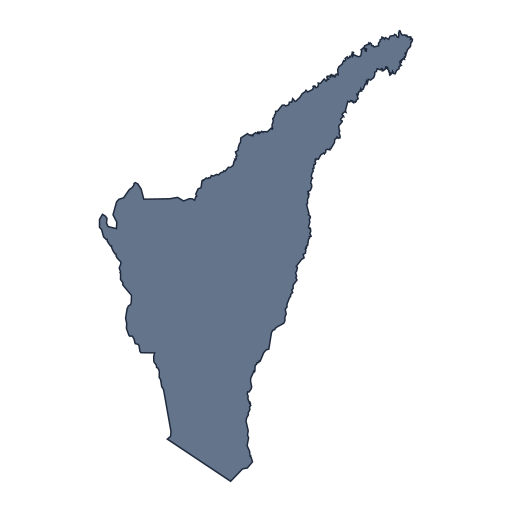 the district of Nova Ubiratã, Mato Grosso, Brazil
{"feature_id": "56859067B8352278132319", "entity_name": "Nova Ubiratã", "entity_type": "district", "adm_level": 2, "iso_a3": "BRA", "parent_name": "Brazil", "parent_adm1": "Mato Grosso", "projection": "equal_earth", "projection_center": [-54.56, -12.966], "detail": "fine", "context": "isolated", "style": "filled", "palette": "slate", "viewbox_px": 512, "rotation_deg": 0, "n_neighbors": 0, "source": "geoboundaries", "source_scale": "gbopen_adm2", "svg_char_len": 5957}
<svg xmlns="http://www.w3.org/2000/svg" viewBox="0 0 512 512"><path d="M364.2,48.2L363.4,47.8L361.0,49.8L361.7,50.4L360.9,55.4L360.2,56.3L358.3,56.7L353.7,54.7L352.7,56.2L352.5,54.4L353.6,52.6L352.9,52.1L352.2,52.2L352.1,53.9L350.6,56.9L349.6,56.4L349.3,57.6L347.9,58.5L347.2,56.8L345.1,58.5L345.7,60.0L344.4,61.2L343.6,60.7L342.1,64.2L338.8,66.8L337.7,69.7L338.1,74.8L336.2,74.1L335.0,77.0L334.3,77.0L333.9,75.3L332.5,76.3L331.8,74.5L330.5,75.0L330.7,76.7L330.2,77.2L329.9,76.1L327.2,76.2L326.7,77.1L328.4,79.3L327.0,79.4L326.6,80.9L326.0,81.1L324.4,79.0L323.9,79.2L321.0,82.8L320.0,83.5L318.2,83.0L318.4,85.0L317.6,87.0L315.8,87.7L315.0,86.1L313.4,86.0L313.0,86.6L313.6,87.3L312.5,89.5L307.7,92.0L306.0,90.2L305.3,91.6L302.1,93.8L300.2,97.0L296.1,101.0L295.2,101.5L292.7,98.6L291.7,102.2L289.4,102.1L288.7,104.9L285.6,105.9L284.2,105.0L282.2,105.2L277.5,111.1L275.6,111.3L275.6,113.6L274.4,115.3L274.2,117.1L272.7,118.6L273.3,121.3L272.1,124.6L272.1,127.6L272.7,128.3L272.2,129.2L271.0,128.3L267.4,131.8L263.8,131.6L263.0,132.4L261.8,131.3L260.4,132.5L259.2,132.0L259.4,133.5L258.8,133.7L257.6,132.4L257.3,133.4L255.5,132.7L253.4,134.3L252.9,135.7L252.4,134.9L251.2,135.7L250.8,134.9L249.3,135.1L247.5,133.6L240.8,138.0L240.5,142.5L239.4,143.8L238.2,147.8L238.2,149.9L235.7,152.0L235.2,151.3L236.9,155.8L235.9,156.5L236.3,158.9L234.7,159.1L235.3,160.4L234.0,161.2L233.2,165.2L230.6,167.4L228.3,167.3L225.1,171.3L223.8,170.8L223.5,171.7L220.7,172.8L218.5,174.9L216.6,174.4L213.5,176.0L211.3,175.5L210.3,177.8L209.1,177.6L207.9,178.6L206.2,177.9L203.6,180.4L203.1,179.9L202.0,180.8L201.0,187.7L198.1,188.8L195.8,194.0L196.7,196.3L195.8,196.7L194.6,200.2L192.2,198.8L189.3,198.7L183.6,201.0L177.6,197.4L169.4,198.8L143.8,199.2L141.2,189.2L137.8,183.9L135.2,182.6L134.0,183.6L133.9,185.2L132.1,187.6L129.2,189.7L123.6,197.8L119.0,199.2L116.6,201.8L113.0,214.8L116.8,222.1L116.4,228.6L108.1,226.6L106.5,223.1L107.0,218.3L105.2,216.0L102.5,214.3L99.5,219.4L99.5,227.4L101.5,229.4L103.6,236.9L106.1,239.4L107.2,239.4L107.2,241.0L109.4,244.5L110.8,246.1L111.5,245.9L111.6,247.5L113.4,251.5L115.1,253.9L116.1,254.2L116.2,256.3L117.2,258.1L120.8,261.9L120.9,263.7L119.2,268.1L120.6,271.8L120.0,272.6L120.6,273.7L120.5,279.5L123.0,282.9L122.7,284.8L131.5,295.4L131.2,302.8L130.6,304.5L128.4,306.0L127.1,308.7L125.6,318.2L126.7,323.7L126.4,328.2L128.9,335.3L129.6,336.1L132.2,336.1L133.9,338.6L135.2,343.6L138.3,344.4L139.0,345.6L139.9,351.3L140.9,352.7L154.6,352.9L153.7,356.4L153.8,360.9L154.3,362.6L156.2,364.8L156.6,367.4L158.0,368.2L159.3,371.0L159.2,377.5L160.6,379.6L161.7,386.7L163.4,389.2L163.9,391.5L171.0,431.6L170.6,436.3L167.3,439.1L230.6,481.3L242.5,468.9L247.3,468.0L252.5,461.8L251.2,457.6L250.2,456.4L250.7,456.0L250.0,455.7L249.6,451.3L247.1,445.6L248.6,437.7L247.5,435.2L248.2,430.7L246.0,421.1L246.6,418.0L248.4,414.8L248.1,413.0L249.9,409.6L249.5,407.1L250.8,405.4L250.1,404.4L250.5,403.7L249.9,402.2L249.4,402.8L247.8,398.4L248.2,396.5L247.2,393.7L247.7,391.8L249.0,392.0L251.1,389.0L251.7,386.8L250.6,381.5L250.7,378.4L253.8,371.3L254.2,372.0L254.9,371.1L255.1,365.7L256.9,363.8L256.9,362.7L258.8,362.5L259.2,360.8L260.2,361.1L263.8,352.6L266.3,349.8L268.8,349.2L271.5,332.6L272.8,330.2L274.7,329.7L275.2,328.4L277.4,326.7L283.7,323.3L284.9,320.8L284.9,317.1L286.2,313.9L285.2,309.2L287.0,307.1L287.0,304.1L289.5,297.7L290.5,296.7L290.7,294.5L292.7,292.4L291.7,289.9L293.1,288.7L293.1,285.1L297.0,280.0L295.9,277.6L296.6,276.3L295.6,272.7L296.7,270.9L297.4,267.4L296.2,266.4L301.6,259.4L304.1,257.9L303.2,254.4L305.4,253.2L305.8,250.3L305.3,249.1L305.9,247.4L306.4,247.9L306.9,245.5L307.7,245.2L308.4,239.6L309.7,237.7L309.3,236.6L311.1,236.3L309.8,233.2L310.7,231.6L310.5,228.7L310.0,228.0L309.4,228.5L308.5,226.9L309.8,222.2L309.3,219.1L310.3,218.0L310.3,216.3L308.3,214.7L309.0,213.9L306.5,204.4L307.5,203.7L307.5,199.2L308.9,196.2L308.1,194.4L309.1,194.0L308.0,193.1L308.5,192.2L307.9,191.5L310.3,190.4L311.8,186.8L311.5,184.1L310.6,183.1L311.8,178.5L312.5,178.2L311.2,176.3L312.2,172.6L313.2,171.3L312.9,168.5L314.0,168.1L313.7,164.7L315.1,164.4L315.7,162.8L314.8,161.6L315.6,160.5L315.3,159.7L316.0,159.6L316.0,158.7L318.4,159.3L320.8,154.8L323.8,153.0L324.4,153.9L325.7,152.2L325.8,150.0L327.2,149.3L329.9,149.9L330.0,148.6L330.8,148.8L334.4,142.7L334.8,139.2L336.7,138.0L337.0,137.0L338.2,138.3L340.0,137.8L340.1,136.0L339.0,133.1L339.8,130.8L339.2,130.1L338.7,125.9L342.2,121.7L342.3,121.0L340.6,120.0L340.6,119.1L343.1,116.4L343.7,116.7L343.5,115.8L342.1,114.9L342.4,113.8L344.7,111.7L346.0,112.3L345.4,110.7L347.8,101.3L349.4,102.0L350.6,101.3L350.7,100.5L352.0,100.7L352.2,101.8L353.7,102.8L353.9,101.6L355.4,102.2L356.1,101.5L356.0,100.4L358.1,98.8L356.8,94.2L358.2,94.7L358.6,92.1L360.0,91.4L360.6,89.2L361.1,91.0L361.7,91.1L361.9,89.5L363.2,89.2L365.1,84.1L365.9,84.5L366.5,81.1L367.4,83.2L368.3,79.3L370.6,80.1L373.8,77.5L374.8,74.5L374.7,72.2L376.4,71.5L377.2,68.7L380.4,69.9L381.9,68.5L382.5,69.2L382.1,70.8L382.9,70.9L385.1,69.3L385.9,66.8L386.8,66.9L387.5,67.7L386.2,67.7L386.1,68.4L387.3,68.7L389.0,70.8L388.7,71.6L389.3,72.6L390.2,72.8L389.5,74.2L389.9,75.2L391.9,73.4L392.6,71.3L393.6,73.5L395.2,73.8L396.5,70.5L399.1,68.7L399.0,66.7L401.3,65.3L400.1,64.3L400.0,62.9L401.3,62.6L401.4,61.5L400.1,61.3L401.6,59.8L402.4,60.0L402.9,58.8L404.5,59.3L404.1,57.8L404.4,56.9L405.2,57.1L406.0,54.6L405.0,53.8L405.3,52.8L406.4,53.0L407.5,49.7L410.5,46.4L410.9,42.5L412.0,41.7L412.5,39.6L411.6,38.3L410.4,39.2L410.7,36.9L407.6,36.9L406.8,35.3L406.1,36.0L404.9,34.8L402.4,35.3L400.7,33.0L400.2,31.0L399.4,30.7L398.5,33.3L398.9,34.9L398.4,37.4L397.2,37.1L396.3,35.2L394.6,34.4L394.1,35.5L390.2,36.1L388.6,39.3L385.4,37.6L384.4,39.2L383.4,37.7L381.9,37.1L381.8,38.9L380.1,39.8L380.1,41.2L378.5,43.3L378.6,45.8L374.0,46.9L373.1,45.7L371.7,45.6L371.4,44.0L370.1,42.8L369.2,44.1L368.7,43.3L368.5,44.0L364.4,46.0L364.2,48.2ZM364.2,48.2L366.5,48.9L366.3,51.2L365.5,51.0L364.2,48.2Z" fill="#64748b" stroke="#1e293b" stroke-width="1.5"/></svg>